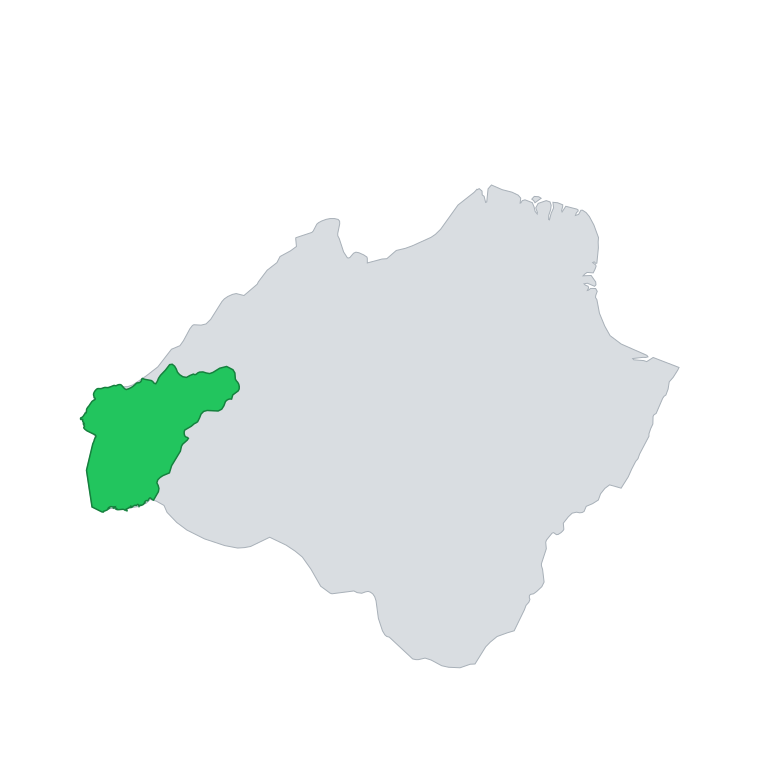 location of Borno within Nigeria, rotated 204°
{"feature_id": "NGA-2839", "entity_name": "Borno", "entity_type": "State", "adm_level": 1, "iso_a3": "NGA", "parent_name": "Nigeria", "parent_adm1": "", "projection": "robinson", "projection_center": [13.296, 11.875], "detail": "fine", "context": "in_parent", "style": "filled", "palette": "green", "viewbox_px": 768, "rotation_deg": 204, "n_neighbors": 0, "source": "natural_earth", "source_scale": "10m", "svg_char_len": 7206}
<svg xmlns="http://www.w3.org/2000/svg" viewBox="0 0 768 768"><g transform="rotate(204 384 384)"><path d="M600.7,152.9L620.7,184.1L624.9,207.4L626.6,218.8L629.9,220.2L636.1,220.8L640.6,223.1L643.4,226.9L645.1,230.5L645.4,232.6L644.1,246.5L642.6,251.5L643.4,258.4L643.2,261.3L642.5,263.3L639.7,265.6L635.9,267.9L626.8,274.5L624.2,275.5L620.4,275.7L617.1,277.3L613.2,280.9L604.8,294.2L597.6,307.6L592.3,329.3L586.0,336.0L584.8,342.0L583.8,355.5L582.8,359.6L581.8,360.8L575.0,363.4L571.0,366.5L568.6,372.6L565.6,393.4L564.5,396.8L562.3,400.4L558.8,404.3L555.8,406.5L547.9,407.9L540.4,423.6L540.3,426.3L537.0,440.5L531.2,451.3L530.8,458.2L523.6,467.6L519.9,474.0L523.7,480.7L524.0,481.8L511.6,493.1L510.9,494.8L510.4,502.7L509.4,504.8L507.1,507.7L503.8,510.9L500.4,513.3L496.5,515.0L492.8,515.7L490.8,514.7L489.6,512.3L487.5,502.7L486.5,500.6L484.1,498.7L474.6,488.2L468.8,484.4L467.6,484.7L466.6,485.7L465.0,491.1L463.3,493.0L460.3,493.7L455.0,493.7L451.2,493.0L450.3,491.9L448.5,487.8L436.6,497.4L432.4,499.6L427.1,511.0L419.7,516.6L414.5,521.6L400.7,537.1L397.9,541.6L395.2,548.4L389.2,577.6L379.6,595.8L378.3,599.7L377.8,599.5L376.5,601.2L372.9,600.1L371.2,596.7L368.9,596.2L365.0,591.2L364.2,592.1L368.3,604.6L366.8,609.5L355.1,609.6L345.1,611.3L338.2,611.1L334.7,609.4L333.2,604.6L332.6,605.1L332.3,607.7L330.1,609.6L322.3,610.0L318.9,606.8L316.2,603.2L313.2,601.6L313.6,603.1L317.0,606.6L316.6,611.7L310.4,617.5L306.4,617.9L304.0,615.3L302.7,611.2L302.1,605.1L300.5,601.2L299.6,601.2L300.7,607.8L300.7,613.9L303.6,618.7L299.1,620.2L293.6,620.4L292.9,618.6L292.3,614.6L291.3,613.6L290.2,620.3L279.0,622.2L277.4,621.9L277.0,620.7L277.9,618.8L277.7,615.8L275.2,618.1L274.8,622.8L273.4,623.5L269.1,622.8L264.5,620.5L256.9,614.6L247.6,605.0L246.1,600.8L243.5,595.5L238.7,581.0L239.6,580.3L241.7,581.1L242.8,579.8L238.9,578.8L238.1,577.7L237.9,574.5L238.1,570.6L243.9,568.5L245.3,566.1L246.1,563.8L238.9,567.4L232.1,563.3L230.7,560.8L231.4,558.9L239.2,558.8L242.0,556.9L240.3,556.2L237.3,556.3L236.2,555.1L236.3,552.1L235.4,552.8L234.1,555.4L229.5,557.3L226.9,555.4L226.6,551.1L226.0,549.1L223.8,547.6L215.9,536.2L205.9,526.7L197.1,520.1L183.6,517.0L155.5,517.1L153.9,516.2L155.7,514.7L158.2,513.7L167.2,508.4L165.7,507.7L156.3,511.0L153.1,511.3L148.9,517.7L121.2,519.1L121.3,516.2L122.5,507.8L124.3,502.0L122.4,494.9L122.0,488.6L123.2,486.6L123.6,484.2L123.4,467.9L124.9,465.5L125.0,463.8L122.1,456.8L122.2,451.5L121.7,446.3L120.7,444.0L122.0,424.0L121.6,419.1L122.6,415.6L123.1,407.0L123.1,398.6L125.0,385.3L136.9,383.6L139.8,378.4L141.5,371.7L141.0,365.2L144.8,359.5L149.5,354.5L149.4,348.9L150.7,347.2L152.9,345.9L156.0,345.2L159.6,342.5L161.6,337.6L163.6,329.8L160.6,324.4L160.7,323.2L161.8,320.3L163.7,317.4L165.2,316.5L168.6,317.2L169.8,316.1L172.1,307.5L171.9,305.2L168.7,299.5L167.1,283.9L166.2,281.9L163.7,279.1L157.2,268.2L157.4,263.0L160.2,256.4L162.1,253.1L164.6,251.4L165.1,249.8L164.4,248.0L163.1,246.6L162.9,243.6L164.2,239.5L163.9,234.9L164.7,211.5L170.1,206.9L178.0,199.3L182.0,191.3L184.2,185.3L187.0,165.2L191.2,163.1L199.1,155.7L209.8,151.5L216.7,150.1L228.8,151.0L235.0,150.3L240.3,146.3L242.6,145.2L246.0,144.5L276.2,154.9L278.9,154.5L281.2,155.2L285.0,157.9L293.8,167.6L303.1,182.7L306.0,185.9L308.9,187.7L311.9,188.3L314.1,188.1L316.3,186.6L319.2,183.8L323.7,182.5L327.3,182.7L346.2,171.2L348.1,171.0L359.6,173.5L375.4,185.1L388.2,192.7L397.3,195.2L407.9,197.0L426.1,197.5L439.8,181.3L444.9,177.8L451.0,174.6L463.8,171.6L484.9,169.5L504.7,170.4L517.0,173.2L530.0,178.5L535.6,183.6L544.4,184.4L550.7,183.4L552.7,178.4L559.1,171.8L568.5,165.7L576.3,161.4L582.6,159.5L588.3,154.6L592.8,153.0L600.7,152.9ZM323.0,616.5L318.8,618.0L316.0,617.6L319.8,611.0L321.8,612.4L324.2,613.0L323.0,616.5Z" fill="#d9dde1" stroke="#a8b0b8" stroke-width="1"/><path d="M600.7,152.9L610.7,168.5L620.7,184.2L623.2,197.5L625.7,210.8L625.7,214.6L625.8,214.8L626.0,215.7L626.0,216.6L625.8,218.2L625.8,218.7L626.2,219.5L626.8,219.9L627.4,220.1L636.4,220.4L639.2,221.1L640.4,221.8L640.6,222.3L640.4,223.1L640.4,223.5L640.8,223.9L642.1,225.0L642.5,225.2L642.5,225.6L642.4,225.7L641.9,225.9L642.8,226.6L643.7,227.1L644.4,227.8L644.7,228.8L644.9,229.1L645.5,228.8L646.1,228.5L646.5,228.3L647.0,228.6L647.2,229.1L647.3,229.6L646.4,230.6L646.3,230.9L646.1,231.2L645.8,231.8L645.1,235.4L645.2,235.9L644.4,236.5L644.5,237.4L645.3,239.6L645.4,240.1L645.4,240.5L645.2,242.2L644.7,243.7L643.8,248.8L643.5,249.7L641.9,252.0L641.7,252.5L641.7,252.9L642.1,253.5L642.3,253.6L643.1,253.6L643.4,253.8L643.6,254.1L643.7,254.5L644.0,254.8L644.7,255.6L645.2,256.5L645.4,257.5L645.4,258.7L645.3,259.8L645.0,261.0L644.5,262.2L644.0,263.1L643.2,263.6L641.0,264.5L640.0,265.1L638.4,266.7L637.5,267.4L634.9,268.3L634.1,268.8L630.2,272.8L629.8,273.0L628.7,273.2L628.1,273.4L626.9,274.8L626.1,275.5L625.2,276.0L624.2,276.3L623.3,276.1L620.3,274.7L618.5,274.1L617.2,274.1L615.5,275.6L613.8,277.5L612.4,279.6L611.4,281.7L610.6,283.7L610.1,284.5L608.4,285.5L607.7,286.2L607.2,287.1L607.0,288.1L607.3,290.0L607.0,290.8L604.4,291.0L598.1,292.5L596.6,292.3L595.2,291.7L594.7,291.3L594.1,291.2L592.6,291.4L592.2,294.2L592.3,297.6L591.7,301.1L589.3,307.8L587.7,314.5L585.5,315.9L582.5,315.1L579.9,313.2L577.5,310.8L574.5,309.4L570.7,308.8L567.1,309.7L564.8,312.8L562.2,315.5L560.6,315.6L559.5,316.5L558.7,318.3L557.4,319.8L554.3,321.4L550.8,321.8L547.5,322.6L545.0,325.0L540.5,331.6L534.9,336.0L527.8,335.6L524.7,333.4L521.8,328.0L520.1,326.8L518.3,326.0L516.6,324.7L515.2,322.8L514.3,320.6L514.4,318.4L517.7,312.5L517.1,308.2L518.8,307.6L520.2,306.4L521.2,304.9L521.7,303.2L521.4,299.0L522.0,295.0L524.5,291.9L534.8,287.9L537.6,285.6L538.9,282.1L538.7,277.9L538.9,273.7L539.9,272.1L541.1,270.7L542.9,267.0L547.3,260.9L547.1,259.0L546.3,257.3L545.0,255.6L543.3,255.0L541.8,255.2L540.6,254.8L540.9,252.8L543.5,247.0L543.7,244.8L542.7,239.8L544.8,223.0L543.9,215.5L548.7,210.4L550.6,207.4L551.7,204.4L551.3,201.3L549.0,199.4L547.1,197.0L546.3,193.8L547.3,184.2L548.5,184.2L549.5,184.4L550.4,184.7L551.1,184.9L551.7,184.5L551.9,183.9L552.3,181.3L552.5,181.1L553.5,180.9L553.8,180.8L554.1,180.3L554.4,179.8L554.7,178.7L554.0,178.4L554.3,177.7L554.8,176.8L555.0,175.9L556.5,174.3L556.8,174.1L556.9,174.4L557.2,174.3L557.5,174.0L557.8,173.7L557.9,173.4L558.0,172.6L558.4,173.0L558.8,173.4L559.2,173.8L559.9,173.9L560.3,173.6L560.6,172.5L561.1,172.2L562.1,172.0L562.8,171.4L563.9,169.8L564.2,169.0L564.3,169.0L564.4,168.8L564.7,169.0L564.9,169.3L565.0,169.5L565.6,169.4L565.3,168.9L565.2,168.3L565.3,168.1L565.9,167.9L566.1,167.8L566.2,167.7L566.6,167.8L566.7,167.6L566.7,167.2L567.9,165.6L568.5,165.0L568.2,164.6L567.9,164.3L567.6,164.1L567.3,164.0L567.3,163.6L567.9,163.9L568.5,164.2L568.9,164.1L569.1,163.3L570.3,163.6L571.5,163.4L575.4,161.2L576.6,160.7L577.8,160.6L577.8,160.9L577.5,161.4L578.0,161.6L578.8,161.5L579.6,161.3L579.6,162.0L579.9,161.6L580.2,160.8L580.5,160.6L580.9,160.7L581.0,161.1L580.9,161.6L580.7,162.0L581.9,161.4L583.1,161.1L584.1,160.7L584.9,159.6L584.3,159.5L584.2,159.2L584.6,158.5L584.8,158.5L585.1,158.5L585.4,158.4L585.5,158.0L585.5,157.7L585.2,157.4L585.3,157.2L585.5,156.7L585.8,156.2L587.5,154.4L588.2,153.9L588.2,153.0L588.6,152.7L589.8,152.4L600.7,152.9Z" fill="#22c55e" stroke="#15803d" stroke-width="1.5"/></g></svg>